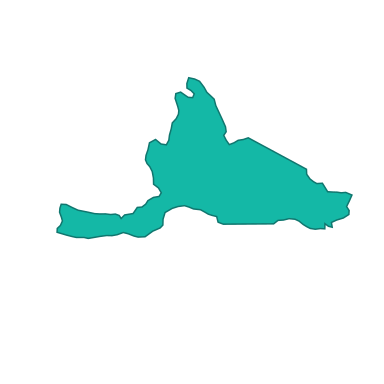 outline of Inhacorá, Rio Grande do Sul, Brazil, rotated 60°
{"feature_id": "56859067B41565206022280", "entity_name": "Inhacorá", "entity_type": "district", "adm_level": 2, "iso_a3": "BRA", "parent_name": "Brazil", "parent_adm1": "Rio Grande do Sul", "projection": "mercator", "projection_center": [-54.038, -27.922], "detail": "fine", "context": "isolated", "style": "filled", "palette": "teal", "viewbox_px": 384, "rotation_deg": 60, "n_neighbors": 0, "source": "geoboundaries", "source_scale": "gbopen_adm2", "svg_char_len": 1889}
<svg xmlns="http://www.w3.org/2000/svg" viewBox="0 0 384 384"><g transform="rotate(60 192 192)"><path d="M91.4,137.7L95.5,142.2L99.5,144.4L103.7,142.1L108.1,141.0L110.6,144.2L108.1,148.0L104.5,149.7L99.8,151.9L98.7,156.8L102.5,159.8L111.0,161.6L114.9,162.7L117.9,164.9L120.6,169.0L122.3,174.5L126.9,178.4L131.4,183.0L135.6,186.2L138.3,190.6L135.0,194.8L128.3,197.3L128.1,204.2L133.4,209.0L137.3,213.5L140.9,216.2L144.9,216.7L149.0,215.9L154.4,216.2L160.6,218.4L166.1,221.4L171.7,219.0L177.3,219.0L179.4,222.7L177.4,228.1L177.4,234.4L179.4,238.2L180.0,242.9L178.0,247.1L181.2,253.8L178.2,261.8L179.5,266.6L175.9,266.8L172.8,269.4L170.8,273.8L167.7,277.9L165.0,282.7L162.1,287.1L157.8,291.8L153.4,296.8L150.8,299.8L145.4,303.6L139.9,307.2L137.2,311.4L139.9,314.4L143.3,316.8L148.5,317.7L152.3,318.7L155.2,322.7L156.2,326.9L159.4,329.0L166.6,322.2L170.8,317.9L173.6,314.8L177.4,308.2L180.3,305.1L181.8,301.1L184.4,294.0L187.0,287.7L189.8,283.1L191.6,278.1L192.7,271.8L196.3,268.1L201.1,264.3L204.1,261.2L207.3,255.0L206.3,245.5L207.2,237.5L206.1,233.8L201.1,230.7L196.3,225.6L196.3,217.3L197.6,211.3L200.1,205.3L203.6,202.1L207.4,199.2L211.6,193.5L215.9,190.9L219.3,189.0L222.2,186.4L225.6,182.9L231.2,184.5L235.5,181.0L260.4,137.2L259.6,131.7L262.0,126.8L263.6,121.3L267.1,116.4L270.8,113.8L275.8,111.9L279.5,109.9L282.7,107.8L285.9,103.8L287.8,99.2L290.3,95.4L285.9,92.7L289.9,91.0L292.6,88.2L288.1,86.5L288.6,80.8L290.2,73.9L289.9,67.4L286.6,65.2L281.9,65.4L278.4,60.2L274.6,55.0L269.2,59.1L267.3,63.2L264.8,66.3L262.5,70.0L259.6,74.4L255.2,74.5L249.6,74.7L247.1,79.7L243.7,81.7L239.7,83.3L234.0,83.8L229.5,81.5L173.2,116.2L172.2,121.3L170.3,126.2L170.4,131.0L169.6,136.0L164.4,136.5L158.8,136.2L156.9,132.3L152.3,130.4L144.0,129.5L129.1,128.2L122.7,126.4L117.6,127.9L113.1,129.3L107.3,129.2L99.9,130.1L95.5,133.2L91.4,137.7Z" fill="#14b8a6" stroke="#0f766e" stroke-width="1.5"/></g></svg>